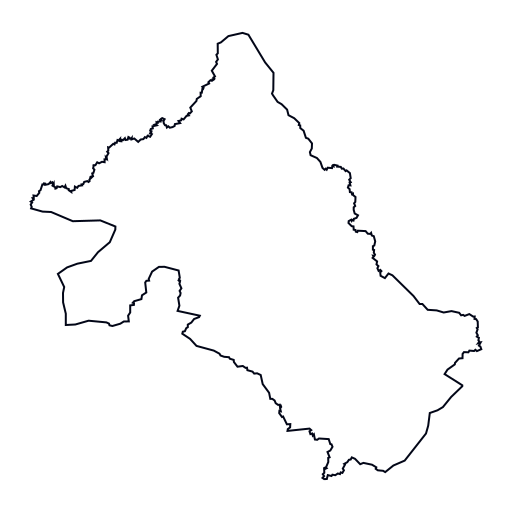 Kut Chum, Yasothon, Thailand
{"feature_id": "78962969B41263158681984", "entity_name": "Kut Chum", "entity_type": "district", "adm_level": 2, "iso_a3": "THA", "parent_name": "Thailand", "parent_adm1": "Yasothon", "projection": "orthographic", "projection_center": [104.274, 16.063], "detail": "fine", "context": "isolated", "style": "outline", "palette": "ink", "viewbox_px": 512, "rotation_deg": 0, "n_neighbors": 0, "source": "geoboundaries", "source_scale": "gbopen_adm2", "svg_char_len": 6014}
<svg xmlns="http://www.w3.org/2000/svg" viewBox="0 0 512 512"><path d="M248.4,34.7L242.5,32.9L228.4,36.1L220.9,42.4L217.7,43.7L217.8,53.3L216.4,54.8L217.9,59.4L216.1,61.9L217.0,63.9L211.8,70.7L215.0,76.4L213.5,77.5L214.2,78.4L212.9,79.1L213.7,79.6L211.9,80.8L210.5,80.2L208.4,82.2L209.1,83.5L202.5,86.7L203.6,87.7L203.2,88.7L202.5,88.1L201.8,92.7L200.6,92.7L200.7,96.2L196.8,98.9L196.4,101.0L190.3,107.6L191.8,111.4L189.9,113.4L188.9,113.0L187.9,114.2L188.8,115.4L186.5,115.9L183.6,119.4L181.6,118.7L181.2,120.3L178.5,121.0L180.1,123.1L174.9,124.1L174.6,126.0L172.5,127.1L169.8,127.7L168.3,126.3L166.9,127.5L166.2,125.3L165.0,125.2L163.8,123.3L163.5,121.0L164.6,119.2L162.2,118.1L160.9,119.0L161.4,120.2L160.1,120.1L160.5,121.5L158.0,121.6L157.8,122.7L156.5,122.2L156.6,124.1L154.9,124.6L156.4,125.4L152.5,126.3L152.8,128.4L150.8,129.0L150.2,130.6L151.2,131.1L150.4,132.8L151.2,132.4L150.9,133.5L151.9,134.1L150.1,136.8L147.6,135.7L146.4,137.9L144.9,137.1L143.4,139.1L140.7,139.5L138.2,141.9L134.3,138.5L131.6,139.4L131.7,138.0L131.0,138.9L128.6,138.5L129.3,137.5L128.4,137.0L127.6,139.7L125.5,140.0L124.9,138.2L123.1,140.1L121.7,139.7L121.5,141.3L119.6,141.1L119.9,139.0L118.6,140.4L117.5,140.0L116.7,142.8L115.1,142.7L114.5,144.4L113.3,143.8L109.1,147.6L108.1,147.3L108.3,150.6L107.2,151.7L108.5,153.1L106.5,156.6L106.8,158.4L105.9,157.4L106.1,159.3L104.5,159.3L104.6,162.2L102.0,161.8L99.1,163.3L97.2,162.3L95.4,165.2L92.7,165.2L93.8,165.6L93.1,168.2L94.4,169.7L93.4,172.9L92.2,173.4L93.0,176.1L90.5,176.8L90.3,177.6L91.4,177.7L89.4,179.6L89.6,181.1L88.5,182.0L87.3,181.1L84.2,181.9L83.3,184.1L81.6,184.4L82.0,185.4L78.5,185.9L77.2,187.8L74.9,186.6L74.6,190.0L71.2,190.9L71.3,192.0L68.7,190.2L68.8,189.1L66.2,188.2L65.4,185.7L64.5,187.4L62.2,186.0L60.3,187.1L57.2,186.4L56.6,188.2L55.4,188.6L55.2,187.2L52.8,185.8L53.8,185.2L53.7,183.3L52.9,184.7L52.2,182.3L50.8,183.0L50.4,182.1L48.6,184.1L45.3,184.8L45.2,183.6L44.0,183.4L43.8,184.5L42.4,184.4L40.5,190.2L39.0,191.2L39.3,192.8L36.7,196.0L33.5,195.5L33.8,197.9L32.6,198.1L33.7,199.7L30.8,201.6L32.1,202.5L30.7,204.6L31.7,206.9L31.1,208.4L42.6,211.6L51.1,212.0L72.8,221.2L100.3,220.4L115.4,226.5L115.3,229.6L109.8,242.2L98.0,252.2L91.0,260.9L77.3,263.7L67.1,267.4L57.9,273.9L64.2,287.0L63.0,293.0L63.1,302.4L65.8,313.7L65.8,325.0L75.3,324.5L88.6,320.7L106.4,322.4L109.0,323.6L109.5,325.3L112.4,326.0L120.3,323.7L123.8,321.5L128.8,321.4L128.1,315.7L130.2,312.5L130.2,305.4L133.9,304.9L134.0,303.3L132.8,302.8L134.2,301.2L141.4,299.1L142.0,295.3L146.3,292.5L145.2,282.5L146.4,280.8L149.1,280.6L148.7,278.9L152.1,271.6L158.9,266.9L164.5,266.8L178.6,270.5L179.8,277.8L178.9,279.2L179.8,280.3L178.9,280.7L180.0,281.7L179.4,283.8L181.4,288.3L179.6,290.9L180.6,293.0L180.1,295.5L178.1,297.7L179.4,305.7L177.6,310.9L199.8,315.7L199.1,317.1L194.1,319.0L191.3,322.6L187.8,324.6L187.8,327.2L186.2,328.2L184.9,331.2L182.8,331.7L182.3,333.7L190.1,338.9L196.5,345.9L213.8,350.6L219.5,353.7L220.5,355.5L224.2,356.8L229.0,357.2L229.8,358.7L233.7,359.9L233.9,362.0L237.5,366.7L242.8,366.0L245.6,367.9L247.0,367.7L247.4,370.2L252.5,371.6L254.2,373.6L257.1,373.3L260.7,375.0L262.7,384.1L269.1,392.8L270.3,398.9L272.4,398.9L274.6,400.5L275.7,403.2L278.1,404.9L279.8,404.7L279.9,406.2L280.8,405.7L281.2,406.9L280.1,408.4L280.8,411.3L279.4,410.9L279.2,413.1L282.0,417.0L283.1,416.5L286.9,424.3L290.3,424.1L290.1,427.4L287.8,429.1L287.5,430.9L309.5,428.6L311.2,430.1L309.5,431.3L310.4,434.1L312.2,433.5L312.8,435.6L313.9,434.4L314.9,439.5L317.2,439.8L319.0,438.5L328.7,439.1L330.3,444.1L331.5,444.3L332.5,446.8L330.3,450.5L327.5,452.0L329.6,457.3L328.2,457.9L328.3,462.0L325.9,467.6L326.6,468.2L325.0,469.0L325.1,467.6L324.1,468.1L324.3,472.8L322.8,474.2L324.1,476.1L322.5,477.9L324.2,479.1L326.8,479.0L327.8,475.1L331.5,476.0L332.4,474.7L335.3,475.2L337.8,473.5L340.0,474.1L340.7,472.4L342.4,472.9L343.9,470.3L342.8,468.6L345.0,464.6L344.2,463.9L347.3,462.2L348.9,459.8L350.7,459.5L351.8,457.4L355.0,458.8L360.2,464.2L363.4,462.9L372.0,464.7L376.3,467.3L375.7,468.8L377.8,470.3L383.1,470.8L385.2,472.1L393.4,465.5L404.7,460.6L426.0,433.5L428.2,425.7L429.8,413.0L437.5,410.3L442.9,407.1L451.2,396.9L462.3,386.2L462.3,385.3L444.6,374.1L447.5,369.6L454.8,364.4L455.0,362.9L459.0,358.5L462.5,358.2L462.6,353.9L464.0,352.1L468.4,352.3L469.4,350.6L474.1,351.0L475.4,349.8L476.9,351.1L481.3,349.2L480.4,346.6L478.9,345.6L480.6,342.5L478.2,343.2L479.4,341.6L478.4,340.3L478.9,337.8L476.8,336.6L477.8,335.2L476.4,332.7L477.6,329.3L476.8,328.0L477.9,327.3L477.7,321.5L476.1,319.1L474.5,318.9L474.7,316.5L473.2,316.6L469.3,314.1L464.6,315.9L463.2,314.9L461.1,315.3L459.2,312.8L451.5,311.1L443.7,312.5L436.7,310.4L427.7,309.8L422.4,304.0L419.6,304.0L413.5,296.0L392.4,275.3L388.5,273.5L384.9,278.1L380.6,275.8L380.2,272.4L381.4,271.1L380.3,269.9L378.6,270.9L377.4,268.2L378.4,266.1L376.5,264.4L377.1,261.4L372.6,257.9L373.6,256.7L373.1,255.7L374.3,255.9L375.0,254.7L373.8,252.7L374.1,250.0L372.9,249.7L372.9,246.2L374.3,245.5L375.2,241.4L373.8,236.2L371.8,235.5L371.1,232.9L370.3,233.9L367.8,233.7L365.6,231.1L357.9,230.7L357.3,232.1L355.8,231.7L355.5,230.0L353.7,229.7L353.5,226.4L351.7,226.2L348.5,223.0L348.7,221.1L351.2,219.7L351.7,220.8L352.2,219.9L353.5,220.5L353.9,218.8L356.5,217.9L358.0,215.3L354.7,213.5L353.7,209.9L353.7,207.3L355.2,206.0L354.1,203.3L355.3,201.9L355.5,197.0L353.0,195.0L353.0,193.7L352.0,194.2L351.6,192.3L349.9,192.1L349.6,189.1L347.9,187.6L348.6,185.3L350.4,185.4L349.6,182.5L350.7,182.2L349.2,179.7L350.7,178.2L349.9,173.1L346.6,170.4L345.6,171.1L343.4,168.5L341.8,168.7L340.8,166.9L337.2,166.6L337.5,165.6L334.1,164.8L333.1,165.1L333.5,166.4L332.3,166.1L332.0,168.1L327.7,167.7L326.7,169.7L325.7,168.7L324.6,169.8L322.5,167.9L320.4,161.9L316.9,158.0L310.6,155.2L309.9,152.1L311.8,148.5L312.0,143.4L308.3,138.7L305.9,137.8L303.6,130.7L300.3,128.1L300.2,125.4L298.8,125.0L299.3,123.1L294.2,118.2L288.5,115.2L287.1,109.6L281.6,104.2L277.6,101.9L273.0,95.3L272.0,93.6L273.3,90.2L273.5,72.8L265.1,62.4L248.4,34.7Z" fill="none" stroke="#020617" stroke-width="2"/></svg>